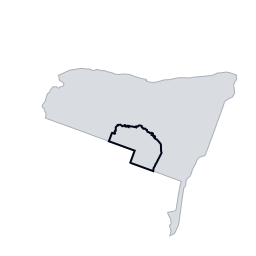 Omaheke highlighted on a map of Namibia, rotated 110°
{"feature_id": "NAM-3353", "entity_name": "Omaheke", "entity_type": "Region", "adm_level": 1, "iso_a3": "NAM", "parent_name": "Namibia", "parent_adm1": "", "projection": "robinson", "projection_center": [18.894, -22.054], "detail": "fine", "context": "in_parent", "style": "outline", "palette": "ink", "viewbox_px": 256, "rotation_deg": 110, "n_neighbors": 0, "source": "natural_earth", "source_scale": "10m", "svg_char_len": 5546}
<svg xmlns="http://www.w3.org/2000/svg" viewBox="0 0 256 256"><g transform="rotate(110 128 128)"><path d="M190.8,49.7L193.6,49.1L196.2,48.5L199.2,47.9L201.7,47.5L202.3,47.3L208.2,47.9L210.7,48.2L211.6,48.6L212.8,49.6L214.9,51.9L214.4,51.8L210.4,52.3L208.9,53.0L205.5,55.8L204.8,55.4L204.0,54.8L203.3,54.7L201.9,55.3L200.4,56.1L198.7,57.3L197.4,58.4L197.0,59.0L194.8,61.2L194.2,61.6L193.5,61.8L193.3,61.7L193.0,60.7L191.8,58.4L189.7,55.4L189.1,55.1L188.7,55.0L187.2,55.1L182.7,56.0L179.0,56.7L173.2,57.9L167.0,58.9L163.2,59.5L159.9,59.7L159.9,62.7L159.9,68.7L159.9,74.7L159.8,80.7L159.8,86.7L159.8,92.7L159.8,98.7L159.8,104.7L159.8,110.8L159.8,113.4L159.7,114.0L157.8,114.0L153.5,114.0L149.9,114.0L147.0,114.0L147.0,117.5L147.0,121.8L147.0,126.0L147.0,130.2L147.0,134.4L147.0,138.7L147.0,142.9L147.0,147.1L147.0,151.3L147.0,154.5L147.0,154.9L147.0,161.1L146.9,167.6L146.9,174.2L146.9,180.7L146.9,187.3L146.9,193.9L146.9,200.4L146.9,207.0L146.8,209.1L145.6,209.0L143.0,209.8L141.3,210.9L140.6,212.2L139.6,212.9L138.5,213.2L137.9,213.9L138.1,214.9L137.6,215.7L136.6,216.2L134.9,216.1L132.5,215.2L129.5,215.0L125.9,215.5L123.3,215.3L121.7,214.4L120.0,213.9L118.2,213.7L117.2,213.4L115.1,212.7L114.7,211.6L114.4,210.7L113.8,209.8L113.7,209.1L114.2,208.5L114.3,207.6L113.9,206.4L113.3,205.8L112.5,205.8L112.0,205.3L111.8,204.4L111.3,203.6L110.1,202.9L108.6,203.4L107.8,204.3L107.4,205.6L107.0,206.3L106.8,207.4L106.8,208.2L106.4,209.1L106.0,209.4L105.5,209.3L104.7,209.6L103.0,210.8L102.5,211.5L101.1,210.3L96.9,205.8L95.5,204.6L93.3,201.9L88.5,193.4L87.8,191.7L86.8,187.6L85.8,184.5L85.6,182.8L86.1,181.8L85.8,180.4L85.3,179.2L83.6,177.6L83.1,172.3L82.0,168.9L82.2,166.0L81.7,163.5L81.6,161.8L81.8,158.7L80.9,155.0L79.1,151.5L77.5,146.4L77.2,144.2L77.3,138.2L77.0,135.7L77.0,132.8L76.4,129.8L76.1,128.2L76.5,126.9L76.8,127.3L77.3,127.5L77.6,125.8L77.6,124.3L76.8,120.6L75.0,116.7L70.5,110.5L69.4,108.1L68.7,106.2L63.7,98.0L61.5,92.2L60.0,87.2L58.4,84.9L50.7,68.6L49.1,66.1L46.0,63.0L45.3,61.9L44.2,59.0L41.9,55.0L41.3,51.3L41.1,47.1L41.3,43.9L43.4,43.6L44.8,42.7L46.1,42.7L47.4,43.3L48.7,43.4L49.3,43.3L51.7,43.4L53.1,42.6L54.7,41.8L55.7,41.2L57.0,40.5L58.8,39.8L59.8,39.8L61.0,40.1L62.6,40.4L63.6,40.8L64.7,42.3L66.4,43.7L67.7,44.5L69.1,45.6L69.6,46.0L70.2,46.2L70.6,46.3L73.3,46.1L75.7,46.0L78.3,46.0L83.2,46.0L88.1,46.0L93.0,46.0L97.9,46.0L102.9,46.0L107.8,46.0L112.7,46.0L117.6,46.0L119.6,46.0L123.1,46.1L126.8,46.1L127.2,46.2L127.6,46.5L128.0,46.8L129.3,48.6L130.9,50.6L132.3,51.5L134.0,52.1L135.5,52.3L137.0,52.2L139.4,52.4L142.8,53.0L146.3,53.2L149.9,53.0L152.4,53.3L153.9,54.3L155.4,54.9L157.0,55.3L159.1,55.1L161.7,54.3L163.9,54.4L165.0,55.0L165.6,55.0L169.5,54.2L172.6,53.6L177.2,52.6L181.1,51.8L186.8,50.5L190.8,49.7Z" fill="#d9dde1" stroke="#a8b0b8" stroke-width="1"/><path d="M159.9,89.6L159.9,90.0L159.9,91.8L159.9,93.7L159.9,95.5L159.9,97.4L159.9,99.2L159.9,100.1L159.9,100.9L159.9,101.8L159.9,102.6L159.9,103.5L159.9,104.3L159.9,105.2L159.9,106.0L159.9,106.9L159.9,107.7L159.9,108.6L159.9,109.4L159.9,110.3L159.9,111.1L159.9,112.0L159.9,112.8L159.9,113.4L159.7,114.0L159.0,114.0L156.0,114.0L153.0,114.0L150.0,114.0L147.0,114.0L147.0,115.2L147.0,117.4L147.0,119.7L147.0,121.9L147.0,124.1L147.0,126.6L147.0,129.2L147.0,131.7L147.0,133.2L147.0,134.2L147.0,136.8L147.0,139.3L147.0,141.4L138.9,141.4L138.0,141.3L138.0,138.7L137.9,138.5L137.8,138.4L137.5,138.3L137.3,138.3L137.2,138.4L136.6,139.2L136.5,139.3L135.3,139.3L135.0,139.2L135.1,138.9L135.0,138.7L134.3,138.7L134.2,138.7L131.8,139.7L131.7,139.7L130.6,139.5L130.4,139.4L130.2,139.3L129.5,138.6L129.4,138.5L129.2,138.4L129.0,138.5L128.8,138.8L128.7,138.8L127.5,136.3L127.5,136.1L128.2,134.1L128.3,133.9L128.1,133.6L126.4,132.0L126.3,131.9L126.3,131.7L126.4,131.4L126.5,131.3L126.7,131.2L127.4,131.2L127.5,131.1L127.5,130.5L127.3,130.2L127.2,130.0L126.8,130.0L126.7,129.9L126.3,129.5L126.1,129.4L126.0,129.1L126.0,128.8L126.1,128.7L126.7,128.5L126.8,128.4L126.9,128.2L126.9,127.9L126.9,127.7L125.9,128.0L125.7,128.0L125.6,127.9L125.6,126.4L125.6,125.9L125.2,124.8L125.1,124.5L125.0,123.0L124.6,121.0L124.6,120.9L124.4,121.0L124.0,121.3L123.7,121.1L123.6,120.9L123.6,120.7L124.0,120.5L124.1,120.4L123.7,120.1L123.6,119.9L123.2,119.3L123.1,119.2L122.5,119.1L122.4,119.1L122.2,118.9L121.8,118.3L121.5,117.6L121.4,117.3L121.4,117.1L121.5,115.8L121.5,115.7L121.8,115.6L122.0,115.6L122.5,115.4L122.7,115.2L122.7,114.9L122.6,114.7L122.6,114.4L123.0,113.9L123.1,113.6L123.3,113.5L123.4,113.4L123.4,113.2L123.4,112.9L123.3,112.7L123.2,112.6L123.1,112.4L122.8,112.1L122.7,112.0L122.7,111.9L122.7,111.6L122.9,111.2L123.3,110.8L123.4,110.5L123.3,109.6L123.5,109.5L124.3,109.0L124.5,108.9L124.9,108.4L124.9,108.2L124.8,107.4L124.9,107.0L124.9,106.9L124.8,106.7L124.8,106.4L125.1,106.2L125.2,105.9L125.1,105.3L125.1,105.2L125.3,104.8L125.3,104.7L125.2,104.1L124.9,104.0L124.7,104.0L124.4,103.9L124.5,103.2L124.5,102.9L124.7,102.7L124.9,102.7L125.0,102.6L126.5,103.1L126.5,102.9L126.3,102.6L126.3,102.4L126.3,102.1L126.8,101.7L127.0,101.6L127.1,101.4L127.1,101.0L127.1,100.9L126.6,100.9L126.4,100.9L126.5,100.3L126.6,99.8L126.8,99.6L127.8,99.4L128.0,99.4L128.1,99.5L128.3,99.7L128.6,99.0L128.7,98.7L129.1,96.6L129.2,96.4L131.5,92.3L131.8,91.9L132.3,91.5L132.4,91.4L138.6,88.9L138.9,88.7L139.4,88.2L139.6,88.1L140.0,88.1L140.7,88.0L141.1,88.1L151.4,89.4L151.7,89.4L152.0,89.6L152.8,89.8L153.1,89.8L153.5,89.7L154.0,89.7L155.4,89.9L156.1,90.1L156.5,90.2L157.4,90.1L157.6,90.1L158.3,89.9L159.1,89.8L159.3,89.8L159.5,89.7L159.9,89.6L159.9,89.6Z" fill="none" stroke="#020617" stroke-width="2"/></g></svg>